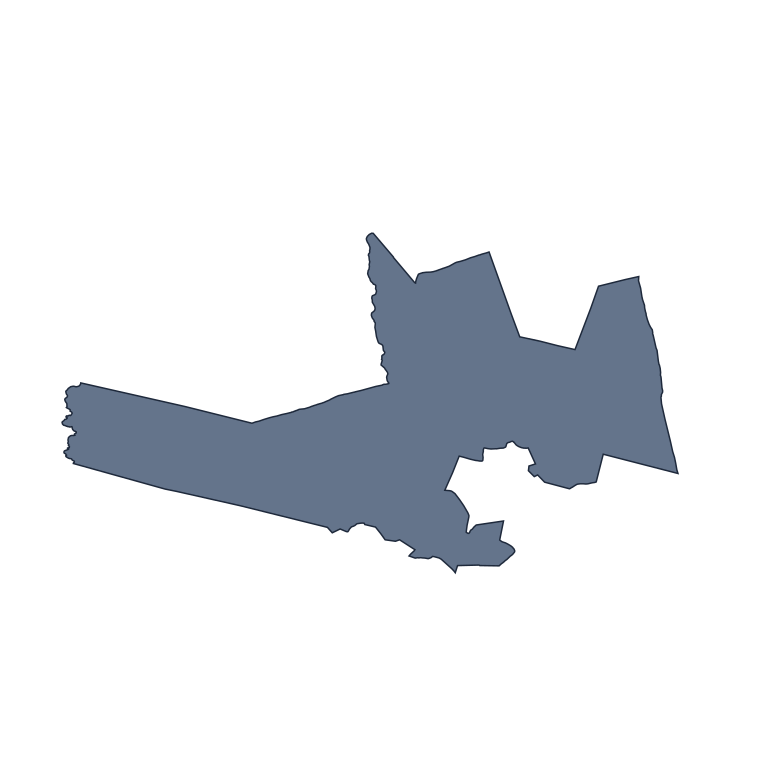 outline of Mandlakaze, Gaza, Mozambique, rotated 284°
{"feature_id": "85939544B24219595709494", "entity_name": "Mandlakaze", "entity_type": "district", "adm_level": 2, "iso_a3": "MOZ", "parent_name": "Mozambique", "parent_adm1": "Gaza", "projection": "equal_earth", "projection_center": [34.02, -24.531], "detail": "fine", "context": "isolated", "style": "filled", "palette": "slate", "viewbox_px": 768, "rotation_deg": 284, "n_neighbors": 0, "source": "geoboundaries", "source_scale": "gbopen_adm2", "svg_char_len": 6049}
<svg xmlns="http://www.w3.org/2000/svg" viewBox="0 0 768 768"><g transform="rotate(284 384 384)"><path d="M231.0,520.8L235.4,539.7L238.0,541.4L239.6,542.8L240.1,543.0L240.4,543.4L241.9,544.3L243.5,545.7L247.7,548.3L248.6,549.2L250.3,550.3L252.6,551.3L253.4,551.3L254.1,551.0L255.5,549.9L256.3,548.6L256.6,548.4L257.6,546.3L258.6,543.0L259.2,540.4L259.5,536.6L260.6,534.0L280.0,533.1L269.5,507.6L267.0,505.9L264.5,504.8L263.4,503.7L261.9,503.1L261.1,503.1L260.0,502.7L259.4,501.9L259.4,501.4L260.1,499.6L267.0,498.8L275.6,498.5L277.0,498.2L279.2,496.6L285.1,490.9L289.9,485.5L294.8,479.4L296.1,476.3L296.4,475.3L296.4,473.6L295.6,468.7L314.4,472.0L332.2,474.4L332.2,478.9L331.9,486.0L332.0,492.0L332.2,492.5L332.4,495.5L332.9,497.7L333.6,498.3L334.3,498.3L336.7,497.9L339.5,496.8L342.6,496.7L344.0,496.3L345.8,496.4L346.2,496.7L346.3,497.2L346.4,500.2L346.8,503.5L348.3,508.4L348.3,508.8L349.8,512.3L350.7,515.3L351.9,516.9L352.6,517.4L355.9,517.5L357.0,518.3L358.1,520.3L358.8,521.0L359.5,522.4L359.2,523.9L358.9,524.0L358.5,524.8L356.9,526.9L356.3,528.4L355.9,529.8L355.5,532.6L355.6,535.1L356.2,537.9L356.8,539.4L343.1,550.3L339.5,544.5L334.8,545.1L330.5,552.2L332.9,555.1L327.6,563.6L327.2,589.3L327.9,590.2L328.8,590.9L329.3,591.6L332.0,594.1L333.5,595.7L334.6,598.4L335.4,601.6L335.8,604.1L336.5,606.1L338.4,609.7L339.5,612.4L340.3,613.6L368.9,613.7L368.3,690.9L371.4,689.0L377.7,686.2L383.1,683.6L388.2,680.5L398.0,675.6L417.9,665.1L431.9,658.1L437.9,656.0L438.5,655.9L439.2,656.1L440.8,655.7L443.4,656.3L444.9,656.0L447.4,654.7L457.2,651.3L458.5,650.7L459.3,650.1L462.1,649.6L466.0,648.2L469.1,646.6L469.5,646.1L472.5,644.7L482.7,640.8L484.9,639.2L496.6,633.3L497.7,632.5L498.9,632.3L501.5,631.2L503.6,628.9L506.0,626.8L510.0,624.1L514.1,621.8L515.8,621.2L517.4,620.2L520.9,618.5L523.4,617.7L528.4,614.5L531.4,613.0L539.1,609.8L545.7,606.0L549.9,605.2L543.8,593.0L530.8,568.5L507.7,566.3L463.6,561.0L463.2,543.2L463.3,525.0L462.6,504.3L482.9,490.4L537.5,454.0L536.0,451.7L533.6,447.4L533.3,447.1L532.9,446.3L532.6,446.1L532.1,444.9L529.6,441.2L527.4,437.4L524.2,433.0L521.5,428.5L519.8,425.2L518.9,423.9L514.1,418.8L510.8,413.9L510.6,413.3L510.3,413.1L507.7,409.1L507.3,408.8L507.1,408.1L506.7,407.8L504.8,404.4L503.8,402.0L502.6,397.8L501.2,394.2L500.9,394.0L500.2,392.7L499.1,391.1L498.7,390.8L494.1,390.1L490.9,390.0L489.6,390.2L489.8,389.2L509.0,362.6L509.5,362.4L527.6,337.1L527.3,335.5L525.5,333.5L523.1,332.1L521.0,331.7L519.7,332.1L517.7,333.5L516.0,335.3L513.2,337.3L512.1,337.6L510.8,337.8L510.1,337.7L508.7,338.2L507.4,338.2L506.4,337.6L505.1,337.7L504.2,338.5L500.6,339.8L499.2,340.6L496.2,340.7L494.6,341.4L491.6,341.7L490.3,341.2L487.0,341.5L484.1,343.5L483.0,344.7L481.2,345.7L480.2,346.8L479.5,348.2L478.3,349.6L478.3,350.8L477.7,352.1L476.5,352.5L474.4,352.8L473.3,353.7L472.0,354.3L469.3,354.2L468.3,353.4L467.5,352.3L466.8,351.4L465.7,351.2L464.3,351.4L462.7,352.3L460.5,352.9L457.1,356.2L455.2,357.1L453.5,357.2L452.3,356.7L449.9,354.9L448.7,354.9L447.4,355.2L445.3,356.6L443.2,359.1L442.3,359.3L441.4,360.6L440.2,361.0L436.7,361.5L433.1,363.2L428.2,365.2L424.1,367.7L423.0,368.5L422.3,369.4L421.8,372.1L421.2,373.2L420.4,373.8L416.6,375.2L415.9,375.9L415.5,376.7L414.6,377.2L413.2,376.9L412.3,376.4L411.8,375.6L410.7,375.1L408.2,375.8L407.2,375.7L406.6,376.6L402.6,376.4L401.7,376.6L399.7,380.6L398.3,381.9L398.1,382.3L396.2,384.5L394.7,385.3L392.4,384.9L391.2,384.9L388.2,386.2L387.1,387.1L386.6,388.0L386.2,388.1L385.9,388.5L385.6,388.5L385.2,387.9L384.2,385.9L383.7,384.0L383.1,383.1L382.4,382.4L379.7,376.7L372.1,363.2L369.3,357.7L369.0,357.5L368.7,356.6L365.6,350.8L364.2,347.4L363.9,347.2L361.7,342.7L359.7,340.0L356.0,335.6L355.5,335.3L352.3,331.0L351.9,330.7L351.2,329.5L350.4,328.4L348.8,325.5L348.5,325.3L348.1,324.2L347.7,323.9L345.7,320.5L345.3,320.2L344.9,319.3L343.5,317.5L340.7,312.8L339.1,308.3L338.6,307.4L338.2,307.1L338.0,306.6L337.6,306.3L336.9,305.0L336.6,304.8L336.4,304.3L336.0,304.0L335.9,303.5L335.5,303.2L334.8,302.2L334.5,301.3L334.1,301.0L331.9,296.9L329.6,292.2L327.0,287.8L325.5,284.6L323.6,281.1L320.4,275.8L317.7,271.7L316.1,268.5L314.0,265.4L314.0,196.4L311.7,89.5L310.4,89.6L308.9,89.0L307.9,88.2L306.8,86.0L306.8,83.7L306.6,82.8L305.6,80.7L303.3,78.7L301.7,78.1L300.4,77.2L299.6,77.1L297.5,78.2L296.5,79.4L295.8,79.8L294.3,79.5L293.0,78.3L292.2,78.0L291.5,78.1L290.3,78.8L289.4,79.7L288.5,80.8L288.0,81.1L285.3,81.9L284.3,81.5L284.1,82.1L283.3,85.4L283.1,85.7L281.7,86.0L281.3,87.5L280.8,88.1L280.1,88.5L278.0,87.8L277.5,87.3L277.6,86.4L277.2,85.7L276.8,85.5L276.4,84.4L276.3,83.8L275.7,83.4L275.1,83.4L274.6,84.0L274.9,84.4L274.4,84.9L273.8,84.7L272.8,83.9L272.4,82.8L271.2,82.4L269.5,81.0L268.5,81.0L267.8,81.6L267.4,81.7L266.5,83.1L266.5,85.3L266.3,85.6L266.2,86.0L266.3,87.2L266.1,87.6L266.4,88.9L266.2,89.3L266.3,89.8L267.1,91.4L266.9,91.7L265.5,92.3L264.5,93.0L263.5,94.6L263.4,95.1L263.5,95.6L263.2,96.1L263.1,96.9L262.6,97.1L261.4,96.9L260.7,95.8L259.8,95.8L259.4,96.3L259.0,95.5L258.5,93.4L258.0,92.5L256.9,91.5L255.6,90.8L253.2,90.9L251.8,91.6L250.3,91.5L249.8,91.7L249.1,92.7L247.9,92.7L247.4,93.8L246.3,94.0L245.9,93.6L245.5,92.6L245.2,92.4L244.9,92.5L244.6,93.7L244.3,93.7L242.1,90.5L241.5,90.0L240.5,89.9L239.6,90.4L239.1,92.1L238.2,92.8L238.2,93.1L237.8,93.2L237.4,92.6L237.2,92.6L236.5,93.2L235.7,95.7L235.6,97.2L235.8,98.3L235.7,99.0L234.8,99.8L234.2,102.1L233.6,102.4L233.1,102.4L232.5,101.8L231.7,101.8L229.1,197.0L229.6,208.5L231.1,273.5L231.2,363.8L227.1,369.8L232.7,376.5L231.7,383.0L231.7,383.9L231.9,384.6L232.7,385.0L235.1,385.7L237.5,387.0L238.6,388.7L239.5,389.8L240.5,390.6L241.5,391.2L241.9,391.7L243.4,395.2L243.9,396.9L244.1,398.4L244.0,398.6L243.0,399.3L243.1,410.4L238.2,416.8L233.1,422.8L234.2,433.2L236.6,436.8L230.7,454.1L229.4,453.6L225.1,450.8L223.2,449.9L222.6,456.4L223.6,458.7L223.7,459.9L224.4,461.7L224.5,463.1L225.0,465.8L225.2,469.1L226.1,470.6L227.2,472.0L228.4,472.7L228.6,474.2L228.5,479.6L227.8,482.0L221.2,494.4L219.4,497.2L218.1,498.8L225.6,499.3L231.3,520.0L231.0,520.8Z" fill="#64748b" stroke="#1e293b" stroke-width="1.5"/></g></svg>